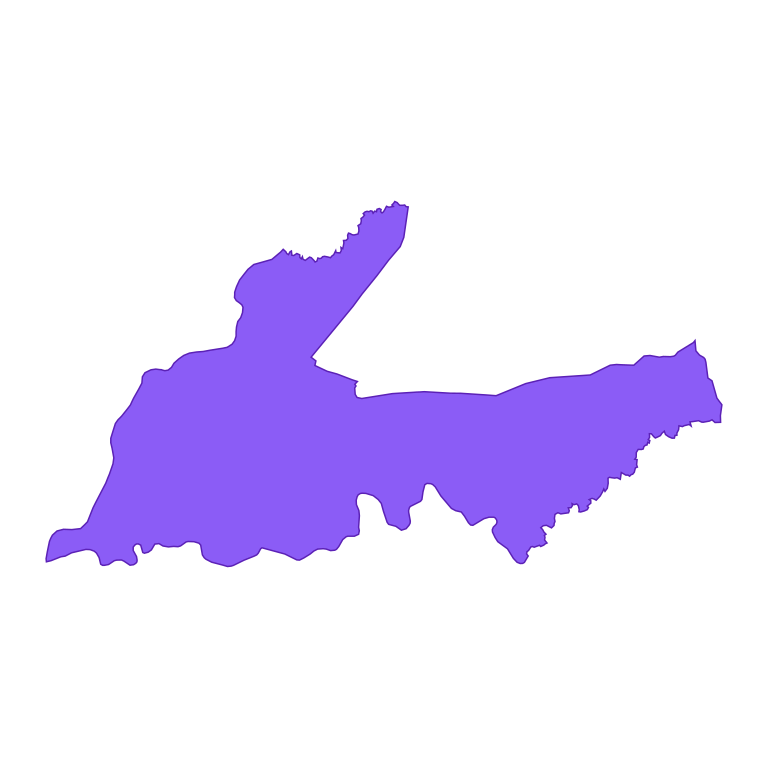 the district of Itaqui, Rio Grande do Sul, Brazil
{"feature_id": "56859067B22729484732675", "entity_name": "Itaqui", "entity_type": "district", "adm_level": 2, "iso_a3": "BRA", "parent_name": "Brazil", "parent_adm1": "Rio Grande do Sul", "projection": "natural_earth1", "projection_center": [-56.113, -29.138], "detail": "fine", "context": "isolated", "style": "filled", "palette": "violet", "viewbox_px": 768, "rotation_deg": 0, "n_neighbors": 0, "source": "geoboundaries", "source_scale": "gbopen_adm2", "svg_char_len": 5975}
<svg xmlns="http://www.w3.org/2000/svg" viewBox="0 0 768 768"><path d="M528.2,556.0L526.6,553.9L527.0,551.6L528.5,550.6L530.8,547.0L532.3,546.5L534.2,547.2L537.8,545.9L539.5,545.3L540.7,546.5L543.8,545.1L545.3,543.8L547.0,543.0L544.6,540.0L545.0,537.3L544.4,535.4L546.0,534.2L543.9,532.0L542.6,529.5L540.8,527.7L543.3,525.7L546.5,525.3L551.5,527.9L554.0,525.5L554.2,523.3L555.0,521.6L554.4,518.3L555.0,514.4L557.9,512.7L560.8,513.9L568.5,512.8L569.3,510.8L568.3,507.8L571.0,507.7L572.4,505.7L572.1,503.7L574.0,504.7L576.7,503.9L578.3,505.6L579.2,509.5L578.9,511.7L580.6,512.0L584.5,510.9L587.3,509.6L588.5,507.4L587.2,506.1L590.8,503.2L590.8,500.7L589.2,499.6L592.0,498.4L594.0,499.0L596.2,500.2L600.2,496.0L602.7,491.6L603.8,489.0L605.0,491.4L607.3,488.3L607.8,485.5L608.2,483.3L608.0,478.2L609.4,477.3L611.5,477.7L614.6,478.1L617.1,477.7L620.3,479.3L620.7,476.6L621.3,472.5L625.8,475.1L628.0,475.1L629.6,476.2L631.2,474.6L632.7,474.2L634.3,472.2L635.4,467.9L637.4,467.1L636.6,464.7L637.1,459.6L634.8,459.2L636.2,457.2L636.3,452.5L638.2,449.4L641.3,449.5L643.2,449.0L643.9,446.6L645.4,445.3L647.0,445.0L647.7,442.3L649.2,443.1L649.8,440.5L648.2,439.7L649.6,437.4L649.4,433.7L651.4,433.8L653.8,436.7L655.3,438.0L657.6,437.0L660.4,435.6L661.9,433.3L664.3,431.2L665.5,434.5L668.6,436.7L672.0,438.2L674.4,438.1L675.0,435.4L676.9,435.3L676.9,433.0L678.6,429.7L679.0,425.8L682.4,426.6L684.2,425.7L687.0,425.0L689.2,424.5L691.1,426.0L690.0,421.9L692.6,421.6L698.6,420.7L701.7,422.1L703.3,422.2L709.4,421.1L712.0,419.8L715.0,422.5L720.6,422.3L720.4,415.6L721.9,404.8L720.8,403.3L719.7,401.9L716.9,398.1L712.0,380.8L707.9,378.0L705.9,362.4L705.1,359.2L703.7,357.5L699.5,355.1L695.9,350.8L695.0,340.6L693.4,342.6L677.9,352.1L675.3,355.3L673.7,356.2L670.4,356.7L663.3,356.5L659.4,357.2L650.0,355.5L644.1,356.0L633.8,365.2L629.9,365.1L621.8,364.8L616.5,364.5L610.2,365.2L595.7,372.3L590.2,375.0L549.8,377.7L525.7,383.6L496.1,395.7L486.8,395.0L460.8,393.3L450.3,393.2L433.0,392.2L424.2,391.7L419.6,392.0L416.8,392.1L413.9,392.3L392.5,393.6L361.8,398.5L357.1,397.5L355.2,394.4L354.7,387.9L356.0,386.0L354.8,384.3L357.4,381.5L352.2,379.8L337.0,374.0L327.2,371.3L314.9,365.5L315.9,360.9L311.1,357.2L353.1,306.2L362.0,294.1L376.9,275.7L388.6,260.2L400.2,246.6L403.8,237.4L407.2,213.9L408.2,206.9L406.0,206.6L404.7,205.0L402.6,205.3L399.7,205.3L398.4,204.0L397.2,202.6L394.8,201.5L393.6,203.3L391.9,205.0L393.3,206.5L388.8,207.2L386.5,206.3L384.7,209.8L383.3,212.0L382.0,212.9L380.6,211.6L381.1,209.5L379.3,208.5L377.0,209.3L376.5,211.7L374.7,211.1L373.1,213.2L372.2,211.2L370.7,210.8L368.9,211.7L367.0,211.3L365.1,211.9L363.2,213.6L364.5,215.1L362.8,217.2L361.0,218.5L361.3,220.9L360.7,223.8L358.0,225.6L358.7,227.5L358.9,231.0L358.0,234.0L354.0,235.0L352.1,234.7L350.2,233.6L348.5,233.1L347.6,235.2L347.9,238.6L346.2,240.3L343.5,240.5L343.9,242.9L343.3,246.1L342.7,248.7L341.0,247.5L341.3,250.6L340.0,252.9L338.4,252.8L336.0,252.5L335.7,250.7L333.7,254.7L331.9,256.0L330.5,257.7L328.0,257.0L324.5,256.3L322.6,256.7L321.3,258.2L319.6,258.6L317.9,258.0L316.9,261.1L315.1,262.0L313.9,260.4L311.3,257.7L309.6,257.1L305.2,260.4L303.0,259.2L302.4,256.7L301.3,258.8L299.9,257.5L299.7,254.8L296.8,253.5L293.8,255.5L291.9,255.3L291.4,251.0L290.1,251.7L288.4,254.6L286.7,253.5L285.9,251.8L283.2,249.3L280.6,252.1L277.7,254.5L271.9,259.4L262.4,262.1L253.8,264.5L248.0,269.3L244.4,273.8L239.6,280.0L236.6,286.5L235.6,289.4L234.7,292.3L234.7,294.7L234.5,297.6L236.3,300.6L239.4,302.8L241.8,304.8L243.0,307.3L242.5,312.7L240.7,317.7L237.8,321.5L236.5,327.0L236.1,331.5L236.1,336.2L234.6,340.7L232.1,344.2L227.2,347.3L223.0,348.2L219.1,348.8L212.2,349.9L210.2,350.2L203.2,351.5L196.6,352.0L189.5,353.1L183.8,355.4L178.8,358.9L174.0,363.2L171.5,367.4L170.1,368.5L168.2,370.1L164.9,370.7L162.8,370.2L161.4,369.7L159.7,369.6L155.8,369.1L151.0,369.8L145.0,372.7L142.4,376.8L141.9,383.1L138.8,389.0L133.6,398.2L132.1,401.3L130.4,405.0L127.2,409.2L121.5,416.3L118.0,419.8L115.4,423.5L114.1,427.6L112.7,432.1L110.8,438.3L110.8,442.8L112.1,448.3L113.8,457.8L113.0,463.8L109.4,474.2L108.0,477.5L105.8,483.1L95.6,502.7L93.1,507.7L91.7,511.2L87.5,521.8L84.7,524.7L80.6,528.6L71.9,529.6L63.5,529.3L57.0,531.0L52.4,535.2L50.8,538.2L49.5,541.3L48.5,546.0L47.3,551.9L46.1,558.7L46.4,561.8L51.0,560.7L60.8,556.8L65.2,556.1L71.6,552.8L85.9,549.4L90.1,549.6L94.3,551.2L96.5,553.1L99.1,557.6L100.7,564.2L102.5,565.3L104.5,565.3L108.6,564.5L114.3,560.7L116.7,560.1L121.5,560.0L123.9,561.1L130.0,565.2L133.6,564.7L135.8,563.3L136.9,561.9L137.1,560.1L136.5,556.5L133.2,550.5L133.2,547.1L134.9,545.0L136.4,544.0L138.3,543.9L140.7,545.1L142.8,552.5L144.4,553.2L148.2,552.2L151.4,549.9L154.8,544.1L159.0,543.6L163.0,546.0L168.4,546.9L173.7,546.4L178.0,546.7L180.6,545.9L186.2,541.9L188.1,541.5L194.0,541.7L199.0,543.2L200.7,545.1L202.4,554.9L204.2,557.7L205.9,559.2L211.7,562.2L222.8,565.1L227.5,566.5L231.2,566.1L233.6,565.3L244.0,560.2L254.0,556.2L256.7,554.9L258.3,553.1L260.6,548.8L262.0,547.8L284.8,554.0L296.8,559.9L299.5,560.1L303.9,557.9L310.2,554.0L313.9,551.0L317.6,549.1L323.2,548.7L326.3,549.1L330.6,550.6L334.8,550.2L336.5,549.3L338.8,546.5L342.7,539.6L346.2,536.7L347.9,536.2L354.4,536.2L358.6,534.3L359.3,530.8L358.6,527.3L359.4,515.7L358.9,510.6L356.4,504.6L356.2,500.2L357.1,496.8L358.2,494.8L360.3,493.5L362.1,493.2L365.9,493.4L373.2,495.6L378.2,499.5L381.3,503.4L383.5,511.4L387.1,522.2L388.6,524.3L390.3,524.8L395.9,526.3L401.4,530.2L406.1,528.7L409.0,525.3L410.1,523.2L410.3,521.1L408.7,512.4L408.6,510.5L409.3,507.9L410.2,506.5L420.5,501.3L421.9,499.5L423.0,491.8L424.8,484.7L427.0,483.4L430.9,483.7L432.7,484.5L435.2,486.8L440.9,496.0L451.4,508.4L455.7,510.7L461.3,512.0L464.5,516.2L468.4,522.7L470.6,525.0L472.9,525.3L483.9,518.7L489.0,517.2L493.9,517.2L495.3,518.0L496.7,520.1L497.0,522.1L496.3,524.2L493.3,527.2L492.3,529.7L492.5,532.0L495.1,537.5L497.8,541.7L507.5,548.8L513.4,558.4L517.1,562.3L520.2,563.5L522.7,563.4L524.4,562.4L528.2,556.0Z" fill="#8b5cf6" stroke="#5b21b6" stroke-width="1.5"/></svg>